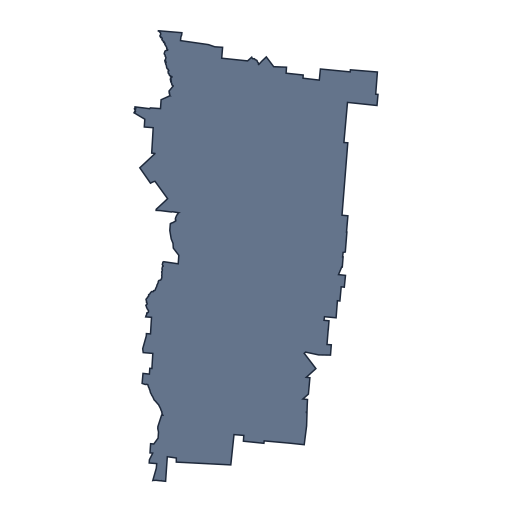 outline of McKinlay, Queensland, Australia
{"feature_id": "25037944B31801469695154", "entity_name": "McKinlay", "entity_type": "district", "adm_level": 2, "iso_a3": "AUS", "parent_name": "Australia", "parent_adm1": "Queensland", "projection": "natural_earth1", "projection_center": [141.103, -20.594], "detail": "fine", "context": "isolated", "style": "filled", "palette": "slate", "viewbox_px": 512, "rotation_deg": 0, "n_neighbors": 0, "source": "geoboundaries", "source_scale": "gbopen_adm2", "svg_char_len": 5783}
<svg xmlns="http://www.w3.org/2000/svg" viewBox="0 0 512 512"><path d="M157.8,30.7L158.1,30.9L158.5,31.0L159.0,31.3L160.5,32.9L160.6,33.2L160.7,34.3L160.6,34.6L160.0,35.4L160.0,35.9L160.1,36.1L160.1,36.5L160.3,36.6L160.7,36.6L160.6,37.3L160.9,37.7L161.7,37.7L162.0,38.0L162.2,38.4L162.2,38.7L161.9,39.4L161.9,39.6L162.2,39.9L162.4,40.5L162.6,40.7L163.7,41.4L163.9,41.7L163.6,41.9L163.6,42.1L163.6,42.4L163.8,42.6L164.6,42.9L165.0,43.3L164.8,43.7L164.9,44.6L165.8,45.8L166.2,46.7L166.6,47.2L166.8,48.0L166.7,48.8L166.8,49.0L167.1,49.1L167.7,49.7L167.7,49.9L167.5,50.3L165.8,50.6L165.1,51.0L164.9,51.3L164.7,52.2L164.2,53.3L164.3,53.7L164.4,54.3L165.2,55.2L165.2,55.6L165.1,56.0L165.4,56.6L165.8,57.1L165.9,57.4L165.7,58.8L165.3,59.4L165.5,60.1L165.1,60.2L164.8,60.5L164.9,61.2L165.2,61.3L165.2,61.8L165.2,62.1L165.5,62.1L165.7,61.9L166.0,61.9L166.1,62.1L166.1,62.4L165.9,62.9L165.6,63.2L165.6,63.9L166.0,64.6L166.4,65.7L166.6,67.3L166.7,67.7L167.0,68.2L167.0,68.4L167.3,68.8L167.7,68.8L168.0,69.4L168.3,69.6L168.3,70.0L168.8,70.5L168.8,70.8L168.7,70.9L168.2,71.0L168.1,71.3L168.2,72.9L168.3,73.3L168.7,73.7L168.9,73.7L169.1,74.0L169.3,75.1L169.9,75.6L170.2,75.6L170.4,75.8L170.5,76.9L170.8,77.0L171.0,76.6L171.3,76.4L171.8,76.5L172.0,76.7L172.0,76.8L171.9,77.2L171.0,78.1L170.6,78.6L170.7,79.0L171.0,79.6L170.9,79.7L170.4,79.6L170.5,80.1L170.9,80.1L171.1,80.4L171.2,81.0L170.9,80.9L170.8,81.0L170.7,81.4L171.1,82.5L171.8,83.4L171.7,84.0L171.9,84.7L172.3,85.3L172.8,85.5L173.1,85.7L173.2,86.0L169.0,91.1L169.2,91.5L169.2,91.8L169.5,92.8L169.5,93.0L169.2,93.1L169.6,93.9L169.6,94.2L169.8,94.6L169.6,95.2L169.8,95.6L170.0,95.8L169.9,95.8L161.1,99.7L160.5,108.6L150.3,107.9L149.7,108.7L135.3,106.9L135.4,107.3L135.8,107.9L135.8,108.2L135.4,108.3L135.3,108.1L135.4,107.7L135.1,107.6L135.2,108.2L134.7,108.2L134.5,108.6L134.9,108.7L135.0,108.9L134.9,109.2L134.7,109.3L134.7,109.5L134.8,109.6L135.2,109.4L135.4,109.5L135.1,110.1L135.2,110.6L135.1,110.9L135.4,111.1L135.5,111.2L135.5,111.5L135.4,111.6L135.1,111.7L134.9,111.3L134.7,111.4L134.7,111.7L134.9,112.0L135.0,112.2L134.7,112.4L134.4,112.1L134.0,112.8L144.8,119.2L144.3,126.7L144.3,127.0L153.2,127.7L151.7,153.1L154.8,153.4L154.9,153.7L139.8,167.8L150.5,183.2L152.1,182.3L153.8,181.6L155.0,181.3L167.6,198.7L156.2,209.3L156.1,210.4L160.4,210.6L171.5,212.0L172.2,211.7L178.6,212.7L178.4,212.8L178.0,213.7L177.7,213.9L176.6,215.5L175.7,217.6L175.3,219.1L175.4,219.3L175.7,219.6L175.7,220.1L175.6,220.3L175.8,220.7L175.7,221.0L175.1,221.2L174.6,221.7L173.4,222.2L173.2,222.5L171.3,223.1L171.2,223.3L171.0,223.5L170.7,223.5L170.5,223.9L170.3,223.9L169.8,230.5L171.2,238.9L173.0,243.3L173.3,248.1L178.8,255.3L178.2,263.8L163.7,261.7L163.5,261.9L162.9,262.1L162.8,262.4L162.7,263.6L162.3,264.1L162.3,264.5L162.5,264.9L162.8,265.7L163.2,265.9L163.2,266.1L163.1,266.3L162.6,266.5L162.3,267.2L162.0,268.7L162.0,269.3L162.3,269.7L162.4,269.9L162.3,270.5L161.7,271.8L161.7,272.3L161.9,272.7L161.9,273.2L162.0,273.8L161.9,274.5L161.7,275.6L161.9,276.7L161.8,277.2L161.8,277.8L161.5,278.5L161.5,278.9L161.1,279.2L160.8,279.9L160.6,280.1L160.2,280.2L159.4,280.3L158.9,280.5L158.3,281.3L158.2,282.5L157.4,284.3L157.0,284.9L156.7,286.4L155.6,288.6L155.3,289.7L155.0,290.2L154.6,290.6L154.1,290.5L153.6,290.7L153.2,291.6L152.7,291.7L152.1,291.5L151.8,291.5L150.6,292.5L150.1,293.5L149.7,294.0L148.8,294.6L148.6,294.8L148.5,295.1L148.7,295.6L148.7,296.0L148.0,296.8L147.5,297.2L147.4,297.4L147.4,297.6L146.8,298.4L146.1,299.1L146.0,299.7L146.1,300.1L146.4,300.6L146.5,301.3L146.4,301.9L146.7,302.1L146.6,302.7L147.0,303.1L147.2,303.5L147.0,304.3L145.9,305.2L145.9,305.6L146.2,306.0L146.6,307.5L147.0,308.2L147.1,308.6L147.3,309.0L147.8,309.4L147.9,309.9L148.5,310.7L148.4,311.6L148.5,311.9L148.4,312.2L147.6,312.7L147.5,312.9L147.0,312.8L146.8,313.0L146.7,313.9L146.7,314.2L146.5,315.1L146.1,315.4L146.1,315.6L145.9,316.3L145.7,316.9L151.5,317.3L150.5,333.9L146.4,333.6L146.3,335.9L142.7,348.7L143.2,352.6L152.8,353.4L151.9,368.5L149.8,368.3L149.4,374.1L143.0,373.4L142.1,383.4L145.3,384.5L146.6,384.3L146.9,384.5L147.4,384.5L147.8,384.6L148.5,387.0L149.3,388.5L149.4,389.3L149.7,389.6L150.5,392.8L151.3,394.1L151.6,395.0L152.7,396.7L154.2,400.0L155.6,401.3L155.9,401.8L156.3,402.1L157.7,403.9L158.5,404.5L159.4,406.4L159.9,407.3L160.5,408.5L161.1,410.4L161.8,411.6L161.9,413.0L162.3,414.3L162.7,415.0L162.8,415.2L161.6,415.1L157.9,426.5L157.8,428.7L158.5,432.0L158.1,438.1L153.8,444.0L150.6,443.7L150.0,452.9L152.7,453.1L152.6,453.4L149.4,459.8L149.2,463.0L156.7,463.6L156.3,468.2L152.8,480.5L153.2,480.4L156.4,480.3L156.8,480.4L160.4,480.8L161.3,480.6L161.6,480.9L165.6,481.3L167.3,456.7L176.3,458.0L176.3,462.1L230.8,464.9L234.0,434.6L243.8,435.4L243.4,441.2L263.9,443.3L264.2,440.9L290.0,443.2L304.2,444.7L306.6,426.0L307.0,412.9L306.4,412.6L306.4,412.0L307.0,412.0L307.2,405.6L307.5,399.5L302.9,399.0L308.4,394.1L309.9,377.7L306.3,377.3L315.9,368.6L304.2,353.3L305.6,352.1L318.6,354.9L330.5,355.1L331.3,344.8L327.0,344.5L328.2,329.5L328.3,329.5L329.0,320.8L324.0,320.3L324.5,316.7L336.1,317.8L337.4,300.7L339.9,301.0L341.2,286.8L344.3,287.2L345.5,275.4L338.5,274.6L341.6,267.3L341.8,266.9L342.3,267.0L343.1,256.9L342.6,256.9L343.1,252.4L343.4,252.4L344.7,252.1L345.3,252.0L346.9,232.1L346.5,232.1L347.9,215.8L342.0,215.2L347.8,142.8L343.9,142.5L347.5,102.4L377.0,105.5L378.0,94.4L375.7,94.2L377.4,72.0L350.4,69.8L350.2,71.9L320.4,69.0L319.3,80.1L303.0,78.2L303.2,75.0L286.1,73.2L286.5,67.2L273.7,66.7L266.3,56.9L261.9,61.1L258.3,65.0L258.5,64.4L258.4,63.2L258.1,62.6L257.4,61.9L257.0,60.5L256.4,60.1L255.2,59.7L254.7,59.0L254.3,58.7L253.6,58.7L252.9,58.8L252.0,58.0L251.7,57.2L247.6,60.9L221.7,58.2L222.6,47.3L214.8,46.8L208.4,44.6L180.5,40.6L180.9,36.9L181.7,34.9L181.9,32.7L157.8,30.7Z" fill="#64748b" stroke="#1e293b" stroke-width="1.5"/></svg>